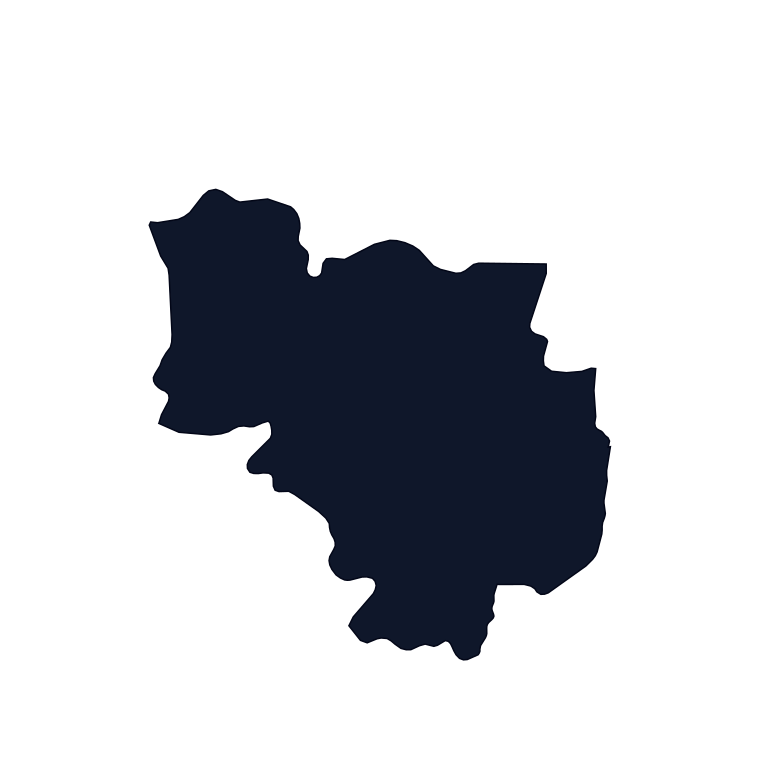 map outline of Jura (Robinson projection), rotated 322°
{"feature_id": "FRA-5312", "entity_name": "Jura", "entity_type": "Metropolitan department", "adm_level": 1, "iso_a3": "FRA", "parent_name": "France", "parent_adm1": "", "projection": "robinson", "projection_center": [5.636, 46.776], "detail": "fine", "context": "isolated", "style": "filled", "palette": "ink", "viewbox_px": 768, "rotation_deg": 322, "n_neighbors": 0, "source": "natural_earth", "source_scale": "10m", "svg_char_len": 2967}
<svg xmlns="http://www.w3.org/2000/svg" viewBox="0 0 768 768"><g transform="rotate(322 384 384)"><path d="M557.0,499.1L560.3,502.2L545.4,518.4L530.7,540.1L525.9,544.6L524.2,547.8L524.2,550.5L525.2,553.0L526.2,555.1L526.5,556.7L526.5,560.8L527.4,564.3L526.6,567.8L521.8,571.8L523.8,572.8L506.2,589.2L503.2,593.1L500.2,597.9L485.8,611.0L484.0,613.3L478.7,622.3L477.0,623.9L474.8,625.5L471.1,627.7L468.3,630.4L466.0,633.4L463.3,636.3L448.6,647.5L444.8,649.4L440.4,650.6L431.1,651.7L384.9,649.7L381.2,648.5L378.1,646.3L376.5,641.9L376.8,638.1L375.2,633.5L371.1,628.2L351.1,612.7L349.9,611.4L341.9,616.9L340.5,618.1L337.0,622.8L335.6,623.9L332.3,625.8L330.9,627.1L329.9,628.7L328.6,632.8L327.7,634.6L326.1,635.6L324.1,636.0L319.6,636.4L317.7,637.0L316.1,638.0L314.8,639.4L311.3,644.0L309.7,645.3L307.7,646.4L299.0,649.6L296.2,652.1L295.1,653.6L293.5,654.6L291.5,655.3L280.0,652.4L276.8,650.3L274.6,646.7L274.1,641.7L274.8,637.2L275.8,633.3L276.6,629.6L276.3,626.4L274.3,623.9L265.3,622.8L261.8,621.4L256.3,614.3L250.9,612.1L241.6,609.9L237.9,607.1L234.6,602.8L232.5,595.8L231.5,590.9L229.8,586.5L225.4,582.4L221.7,580.5L211.4,577.6L207.6,571.5L207.5,552.9L216.4,548.6L246.6,542.6L250.5,540.7L253.8,538.0L255.5,534.1L255.3,530.0L251.7,525.4L247.9,522.6L236.5,517.6L234.3,516.1L232.3,514.1L230.2,510.0L228.7,504.9L228.8,498.1L229.9,493.2L232.0,489.3L234.9,486.7L242.4,483.5L245.9,481.6L248.1,478.6L249.4,475.1L250.0,470.7L251.0,467.0L252.7,463.6L255.0,460.2L255.6,453.8L254.0,444.2L245.6,416.1L242.9,409.9L235.0,404.1L232.8,400.7L233.9,396.4L238.7,389.9L239.6,386.7L238.3,383.3L234.0,379.6L229.7,377.1L226.3,374.3L224.0,371.0L224.4,366.5L226.7,363.3L230.5,361.0L235.2,359.9L261.0,356.8L264.6,354.6L267.1,351.3L268.9,348.0L270.2,344.9L270.0,342.0L264.1,339.7L255.2,337.4L251.7,334.9L247.8,330.8L243.2,327.8L237.3,326.4L232.1,325.8L224.9,322.9L216.0,317.4L192.7,295.8L182.3,276.4L182.5,276.3L189.8,271.2L203.5,265.0L206.1,262.7L207.9,259.4L207.2,254.9L205.3,251.6L204.1,247.9L203.6,243.6L204.3,240.0L206.2,237.0L210.0,235.0L218.8,231.7L224.1,228.3L231.2,225.5L238.2,223.6L242.5,220.3L247.4,214.6L281.7,165.9L285.1,159.9L286.8,145.7L296.8,114.3L299.9,112.7L304.9,117.5L323.2,127.6L329.7,129.2L336.5,129.4L357.7,124.1L364.8,123.9L371.3,127.1L375.1,133.0L379.9,147.8L382.4,151.9L406.2,166.6L419.5,186.9L420.3,190.9L420.2,196.1L418.8,201.1L416.5,205.5L413.7,209.4L407.3,214.9L404.6,218.1L403.5,222.7L404.9,232.1L403.7,235.8L400.9,239.3L393.9,245.2L391.9,249.2L392.0,253.3L393.9,256.5L396.8,258.5L400.1,259.0L403.2,258.1L410.3,251.4L415.7,249.9L420.5,253.0L429.7,261.7L462.4,268.0L477.1,274.4L482.3,278.9L487.5,285.5L491.7,293.1L494.1,300.4L495.6,321.3L499.0,328.4L508.8,341.0L513.0,343.8L518.0,344.9L528.2,345.0L533.0,347.1L585.7,389.3L579.9,396.8L536.2,426.1L533.7,428.9L532.7,433.2L533.8,437.4L538.8,444.9L539.7,449.0L539.0,451.2L526.9,460.2L523.9,463.8L521.3,468.2L523.9,477.1L534.7,487.4L547.7,495.9L557.0,499.1Z" fill="#0f172a" stroke="#020617" stroke-width="1.5"/></g></svg>